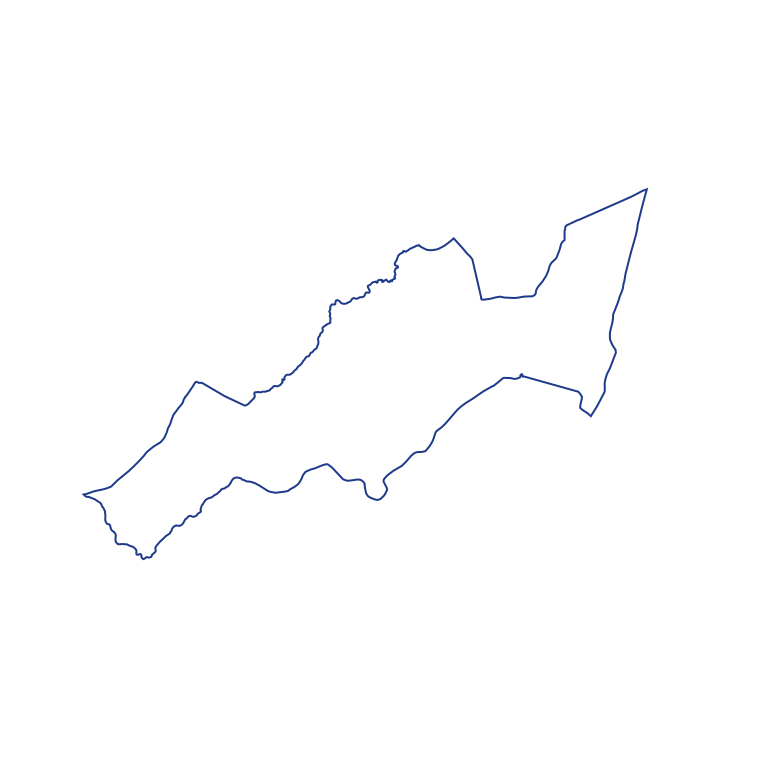 outline of Inharrime, Inhambane, Mozambique, rotated 336°
{"feature_id": "85939544B69817996790019", "entity_name": "Inharrime", "entity_type": "district", "adm_level": 2, "iso_a3": "MOZ", "parent_name": "Mozambique", "parent_adm1": "Inhambane", "projection": "albers", "projection_center": [34.702, -24.408], "detail": "fine", "context": "isolated", "style": "outline", "palette": "blue", "viewbox_px": 768, "rotation_deg": 336, "n_neighbors": 0, "source": "geoboundaries", "source_scale": "gbopen_adm2", "svg_char_len": 6112}
<svg xmlns="http://www.w3.org/2000/svg" viewBox="0 0 768 768"><g transform="rotate(336 384 384)"><path d="M472.4,271.3L471.2,271.4L469.8,270.8L468.0,271.1L462.9,271.1L458.6,272.0L457.3,271.8L456.6,270.7L455.6,270.5L454.7,271.5L451.8,271.6L449.1,272.6L446.3,275.6L443.1,278.0L442.5,279.1L442.6,280.4L444.2,281.5L444.4,282.5L444.2,283.2L443.3,283.4L442.2,283.1L441.3,283.5L439.4,285.5L439.0,288.5L438.7,289.1L437.3,290.1L436.9,290.9L437.2,291.4L437.1,292.0L436.2,292.3L434.5,292.1L433.8,292.3L433.3,293.3L432.9,293.1L432.9,292.5L432.2,292.1L431.4,292.3L430.7,293.1L430.0,292.8L429.0,291.7L428.9,290.5L428.6,289.7L428.0,289.5L427.1,289.8L425.5,289.7L425.0,290.2L424.3,290.3L423.9,289.9L424.0,289.4L424.6,288.7L424.4,288.1L423.2,287.7L422.7,287.1L420.4,287.0L419.7,287.6L419.5,288.4L418.8,288.6L418.0,287.1L417.0,287.1L415.5,286.5L414.4,286.7L411.6,287.8L410.0,287.7L409.1,287.9L408.7,289.0L408.9,292.7L408.5,293.9L407.4,294.5L405.0,293.2L404.2,293.5L401.6,295.7L400.2,296.0L397.0,294.9L394.7,295.2L393.2,294.8L391.2,293.1L389.8,293.2L386.9,294.9L382.2,295.1L380.6,294.7L379.6,294.3L378.4,293.3L377.7,292.4L377.1,290.5L376.3,289.2L375.3,288.3L374.1,288.3L373.3,289.1L371.9,291.2L371.0,291.3L369.5,290.4L368.7,290.2L368.0,290.4L366.4,291.6L365.0,294.3L363.5,295.5L363.6,297.3L363.3,298.2L362.9,299.0L362.0,299.9L361.9,302.4L360.7,304.1L360.1,305.9L359.5,306.3L356.4,306.3L352.2,307.1L350.7,307.7L349.8,310.4L348.6,311.5L346.5,312.0L344.8,313.9L343.6,314.4L342.5,315.4L341.8,316.6L341.1,319.3L340.1,320.8L338.1,322.6L337.5,323.5L336.5,324.1L334.2,324.4L331.7,325.7L329.8,325.8L328.9,326.2L327.8,327.3L326.8,328.0L324.7,327.7L323.5,327.9L321.1,329.5L319.5,330.1L318.0,331.3L315.0,332.7L313.3,332.9L312.1,333.4L310.1,334.8L308.3,335.1L305.2,336.6L302.0,337.2L299.0,336.1L298.2,336.1L296.2,337.1L295.6,337.6L294.9,339.4L294.1,339.5L293.2,338.5L292.7,338.9L292.4,339.6L292.2,341.0L289.1,342.6L286.4,342.9L285.1,342.5L283.1,341.2L282.2,341.2L280.3,342.1L278.5,342.4L277.6,343.0L276.3,343.3L273.9,342.8L272.7,342.9L270.5,341.8L267.8,341.4L265.4,339.9L264.4,339.8L263.0,339.2L262.3,339.2L261.6,340.1L260.9,342.9L259.4,344.1L251.7,347.1L249.9,347.3L248.0,347.1L233.5,330.3L218.2,308.9L215.3,307.7L214.9,307.0L213.5,305.7L212.8,305.7L211.3,306.3L208.7,308.2L200.2,313.5L196.9,315.1L196.8,315.4L194.8,316.6L193.1,318.7L191.2,320.1L186.0,322.6L179.2,326.5L176.3,329.3L172.3,333.7L168.4,336.8L166.2,339.5L162.5,342.9L160.4,344.4L156.3,346.3L147.6,347.5L139.5,349.7L135.5,351.9L129.1,354.7L121.3,357.7L115.1,359.8L101.3,363.6L93.1,366.7L89.6,366.6L85.6,366.2L75.6,364.1L67.3,363.4L64.7,362.8L65.8,365.3L66.3,366.0L68.4,367.1L72.9,371.7L76.6,377.5L76.8,378.6L76.7,381.0L77.3,383.8L77.3,386.7L76.1,390.5L74.0,395.0L73.7,396.9L74.1,398.9L74.6,399.6L75.9,400.5L76.3,401.8L75.7,404.4L75.6,405.9L75.9,407.2L77.3,409.9L77.6,411.8L77.5,413.1L75.2,417.2L74.9,419.3L75.1,420.4L75.6,421.8L77.0,422.8L79.8,423.7L84.0,426.0L86.2,428.7L88.3,430.4L89.3,432.2L90.1,434.5L90.1,435.4L88.7,438.3L88.8,439.2L89.4,439.9L92.0,440.1L92.6,440.8L92.8,441.5L92.1,442.9L92.1,444.0L92.7,446.0L93.9,446.2L96.5,445.6L97.6,446.1L98.1,446.7L99.1,447.1L100.5,447.3L101.4,447.0L102.5,445.7L106.4,444.5L107.2,444.0L107.8,443.1L108.3,440.8L110.1,439.4L114.3,437.3L122.9,434.2L127.7,433.4L128.7,432.3L129.6,432.1L131.7,430.0L133.8,428.8L136.4,428.6L138.8,430.1L140.0,430.5L141.7,430.4L143.8,429.6L147.2,426.9L149.4,426.4L151.0,425.6L152.5,425.4L153.5,425.7L155.1,427.3L156.2,428.0L158.9,428.0L161.3,426.8L164.7,426.2L165.3,425.1L165.3,424.0L166.5,422.9L167.3,421.7L168.2,420.8L170.0,420.0L171.1,419.0L174.1,417.3L177.5,417.0L178.8,417.4L181.9,417.2L183.5,416.6L186.6,416.5L191.6,414.8L192.5,414.1L193.9,414.0L194.9,414.5L196.2,414.5L197.6,414.1L199.7,414.0L200.8,413.7L203.7,412.0L205.4,410.5L207.4,409.4L208.8,409.0L210.9,409.3L213.3,410.6L215.1,412.2L215.3,413.4L216.8,414.6L218.9,417.1L221.9,418.7L225.5,421.8L228.8,426.0L234.2,434.2L235.7,435.8L240.5,439.2L250.7,442.3L253.2,442.6L255.6,442.0L260.2,441.6L264.1,440.8L266.4,439.7L269.6,437.5L273.2,434.1L276.7,432.3L282.4,432.3L286.1,432.9L294.7,433.2L298.2,433.7L299.5,434.2L300.1,434.8L302.4,438.8L307.4,453.0L307.8,454.1L308.6,455.2L310.8,457.2L313.0,458.2L321.1,460.5L323.3,461.8L324.3,462.9L325.6,465.6L325.6,467.9L324.8,469.5L323.3,475.8L323.3,477.6L323.8,480.1L325.0,481.9L328.1,485.2L330.1,486.8L331.7,487.5L334.0,487.6L338.3,486.1L339.9,485.2L343.5,482.2L344.0,481.5L344.3,479.8L343.9,473.1L344.3,472.0L345.6,470.7L349.9,468.8L356.7,467.2L367.1,466.0L372.7,463.9L379.4,460.7L383.0,459.6L385.0,459.5L386.9,459.8L390.7,461.4L394.6,462.2L400.2,459.4L404.1,456.8L406.3,454.9L410.6,450.1L412.2,448.7L414.7,447.9L418.2,447.2L423.5,445.4L440.6,437.4L445.3,435.9L451.0,434.6L458.5,433.6L470.7,431.3L481.7,430.1L483.0,430.3L488.8,428.9L494.9,427.1L496.1,427.2L501.8,429.9L505.0,432.3L507.0,433.0L510.9,433.3L511.6,432.7L511.9,431.9L512.5,431.3L513.9,431.1L514.1,431.6L513.7,433.1L513.9,433.8L514.5,433.7L558.4,470.1L559.5,474.1L559.6,476.4L557.6,479.6L557.1,479.9L554.7,483.3L553.7,485.2L553.6,486.0L555.2,489.1L558.3,493.9L559.9,497.5L570.0,490.7L582.2,481.0L583.1,479.7L585.8,473.2L588.0,469.9L591.5,465.8L596.6,461.7L608.5,449.8L609.4,447.1L608.5,441.4L608.5,436.0L608.9,434.3L611.0,429.5L612.7,427.0L617.5,420.9L619.9,417.2L621.6,413.7L630.1,405.4L634.0,401.2L634.1,400.8L639.6,395.5L641.4,393.4L643.2,390.4L645.3,387.9L649.8,381.1L662.9,364.5L675.0,350.0L678.6,345.0L680.4,341.8L692.0,326.9L703.3,313.0L698.8,312.7L686.1,313.5L629.0,313.3L627.1,313.1L615.9,313.3L614.9,313.5L613.6,314.2L612.8,315.7L611.2,317.6L607.6,325.8L607.2,326.1L604.9,326.7L602.7,328.2L599.1,332.7L593.5,338.3L592.4,339.2L586.0,341.5L583.4,343.5L579.7,347.9L575.8,351.4L570.0,355.1L565.1,357.4L562.8,358.9L561.6,359.8L560.5,361.2L559.1,363.4L557.5,364.1L555.1,364.2L547.8,361.2L540.7,359.4L537.5,358.2L529.2,354.0L525.5,351.4L521.2,350.3L515.4,349.3L509.3,347.5L507.6,346.6L507.5,345.1L507.9,344.8L515.4,306.1L514.6,302.7L512.8,298.1L511.2,292.4L506.9,279.3L500.8,281.1L495.3,282.3L489.6,282.7L486.8,282.5L483.0,281.5L480.3,280.4L477.5,278.7L474.0,274.4L472.9,272.7L472.4,271.3Z" fill="none" stroke="#1e3a8a" stroke-width="2"/></g></svg>